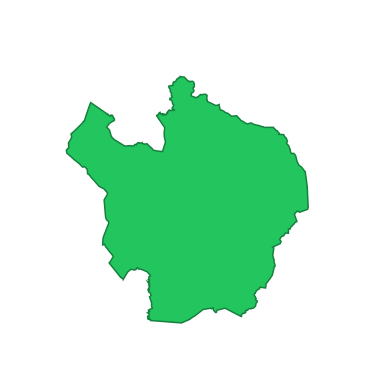 Jaunpiebalgas pag., Jaunpiebalgas, Latvia (Albers equal-area conic projection), rotated 56°
{"feature_id": "27541924B32667886531157", "entity_name": "Jaunpiebalgas pag.", "entity_type": "district", "adm_level": 2, "iso_a3": "LVA", "parent_name": "Latvia", "parent_adm1": "Jaunpiebalgas", "projection": "albers", "projection_center": [26.006, 57.148], "detail": "fine", "context": "isolated", "style": "filled", "palette": "green", "viewbox_px": 384, "rotation_deg": 56, "n_neighbors": 0, "source": "geoboundaries", "source_scale": "gbopen_adm2", "svg_char_len": 6005}
<svg xmlns="http://www.w3.org/2000/svg" viewBox="0 0 384 384"><g transform="rotate(56 192 192)"><path d="M192.8,86.9L191.9,86.8L190.1,87.2L188.9,87.0L188.1,87.9L186.9,87.8L185.3,88.4L184.0,88.3L178.7,96.1L178.1,96.2L175.3,98.9L174.8,98.9L171.2,102.4L168.9,103.8L167.9,104.2L167.1,106.0L166.8,107.7L165.8,108.6L161.7,110.4L160.4,111.3L153.8,112.3L151.3,116.9L146.8,118.3L144.7,120.0L143.8,120.1L140.8,121.5L139.9,122.7L135.6,121.2L134.7,120.6L134.6,121.4L133.6,123.9L125.5,128.7L124.4,127.9L123.2,127.9L120.4,125.5L118.7,125.9L117.4,127.9L116.6,130.1L116.0,130.3L116.0,131.6L116.5,133.4L116.2,134.3L116.1,136.1L115.6,136.6L115.0,136.6L112.7,138.4L111.6,138.8L111.2,138.3L109.6,137.3L109.6,136.8L110.0,136.2L110.0,135.9L109.5,134.1L108.0,133.4L106.5,133.2L106.0,132.5L106.1,131.3L103.6,129.6L101.6,129.2L100.3,129.8L99.1,132.4L98.5,132.4L97.5,133.3L92.4,134.1L90.3,136.7L89.6,137.1L90.3,137.8L90.2,138.3L89.7,139.0L90.1,140.0L90.0,140.6L90.2,140.8L90.0,141.7L90.9,143.0L91.0,144.0L91.2,144.6L91.1,145.0L90.5,145.3L90.6,145.5L90.8,145.7L90.9,146.7L93.1,148.3L92.9,148.7L92.1,149.5L92.0,150.7L91.3,151.6L91.3,152.1L92.8,152.8L94.3,152.5L97.1,154.0L98.6,153.7L100.6,155.2L102.1,155.4L102.4,157.1L102.1,157.4L102.1,158.0L102.8,158.7L103.4,158.7L103.9,158.0L105.5,157.6L107.6,158.6L108.8,158.8L109.3,158.6L110.1,158.9L110.8,160.0L111.1,161.1L111.5,161.7L112.1,161.7L114.3,160.7L114.3,160.9L114.1,161.7L112.5,163.7L112.7,164.0L112.3,164.8L111.6,164.8L111.2,165.7L111.7,166.6L111.8,167.0L112.2,167.5L112.3,168.0L113.0,168.0L113.1,168.8L112.5,168.8L112.7,169.1L112.9,170.3L113.2,170.7L113.0,171.4L112.8,171.2L112.7,171.5L112.3,171.6L112.1,172.2L111.6,171.7L111.1,172.3L111.3,173.1L110.7,172.7L110.4,172.7L110.2,173.1L110.2,174.0L109.5,174.5L109.1,174.3L109.1,174.6L108.8,174.8L108.1,174.3L108.1,175.3L108.6,175.6L108.7,176.2L109.0,176.4L108.8,176.8L109.1,177.4L108.9,177.5L108.8,178.1L109.3,178.1L109.2,178.7L123.4,178.6L127.2,181.9L130.4,183.9L135.8,186.1L142.0,193.9L138.1,198.4L135.5,200.8L133.1,200.8L131.5,201.4L126.7,202.4L126.3,203.8L124.1,206.1L123.5,205.8L123.6,206.2L123.0,206.6L121.9,208.4L121.7,208.2L120.9,209.1L121.1,210.8L121.8,211.5L121.3,212.1L120.7,212.5L120.7,213.0L121.2,214.4L120.2,216.0L120.3,216.3L118.9,217.4L116.4,222.0L105.4,227.0L104.1,227.4L100.7,227.8L94.7,225.8L90.4,226.4L89.3,222.9L88.9,221.4L89.2,216.4L88.7,216.4L88.5,215.8L88.2,215.5L87.0,215.4L86.1,215.6L85.5,215.3L83.8,215.2L83.5,215.4L83.5,215.8L83.2,216.0L83.5,216.2L83.5,216.5L83.3,216.6L83.3,216.9L83.1,216.7L82.6,217.6L82.0,218.0L81.4,218.1L81.5,218.3L81.4,218.5L80.8,218.5L80.9,218.2L80.7,218.2L79.9,218.6L79.5,218.6L79.2,219.2L78.8,219.1L61.2,226.0L63.4,229.2L69.7,237.5L72.2,240.6L72.8,241.0L72.7,241.6L72.8,243.0L73.4,243.5L75.6,255.0L76.2,259.8L79.2,261.0L80.7,263.5L82.2,267.0L86.4,269.4L86.4,270.3L86.7,270.5L86.8,272.4L87.8,273.2L89.7,274.0L99.6,271.5L102.1,270.6L106.5,269.4L110.2,268.8L110.9,267.0L111.5,266.7L114.7,266.2L118.6,268.4L119.6,267.8L121.5,267.5L123.7,267.4L133.7,266.0L135.2,266.0L140.2,263.2L145.3,262.6L146.3,263.1L147.9,266.0L149.4,269.3L164.2,277.5L167.0,278.4L168.2,278.2L169.6,277.6L171.4,278.6L179.5,290.3L181.1,292.0L184.2,294.4L185.2,294.9L185.9,295.6L186.5,293.6L188.7,294.2L201.3,293.2L203.8,298.2L204.4,300.3L205.2,300.3L222.9,298.9L223.0,298.5L223.2,298.3L224.2,298.4L225.2,297.7L226.1,298.0L222.4,290.2L221.9,285.9L224.6,283.2L224.9,281.8L224.0,280.1L225.1,279.1L225.9,279.5L227.3,277.6L233.0,273.8L238.0,273.2L238.4,273.6L238.2,274.2L238.2,275.2L239.7,275.8L239.7,276.3L240.2,277.3L240.7,277.1L240.5,276.5L241.0,276.4L241.2,276.5L241.1,276.9L241.8,277.2L242.0,277.4L241.9,278.7L241.5,278.9L243.0,279.0L242.9,278.4L243.3,278.1L244.4,279.1L245.0,279.0L245.0,279.6L245.0,279.8L245.7,279.4L246.4,279.9L246.6,280.7L247.3,280.5L247.5,280.7L247.4,281.0L247.7,281.7L248.2,281.7L248.1,282.4L248.8,282.4L248.3,282.9L248.4,283.2L248.9,283.2L249.0,282.8L249.7,282.9L249.9,283.2L249.8,283.5L250.7,283.8L252.8,283.1L254.9,283.9L255.2,285.9L260.9,287.3L264.1,289.4L266.1,289.9L265.6,294.1L266.9,294.0L266.6,294.4L266.6,294.6L267.5,294.8L267.3,295.4L267.6,295.5L267.6,295.8L267.4,296.4L268.1,296.1L267.8,295.9L267.9,295.7L269.4,295.8L269.9,296.5L270.7,296.6L270.8,297.5L270.2,297.9L270.4,298.4L271.0,298.9L271.4,298.9L271.6,298.9L271.7,298.3L272.0,298.1L272.3,298.6L272.8,298.9L272.7,299.5L272.9,299.5L273.0,299.2L273.8,298.8L273.8,298.1L274.3,297.7L275.4,298.2L294.6,274.0L296.3,265.2L296.1,262.0L296.3,259.5L295.6,248.3L296.9,245.9L297.0,245.3L298.7,241.7L299.7,241.1L299.8,239.3L300.0,239.2L301.4,240.1L302.2,240.2L304.5,240.0L305.3,239.6L305.3,238.7L304.7,238.4L304.0,237.3L306.8,229.6L322.8,220.8L322.7,220.4L322.6,220.2L321.6,219.9L321.6,219.6L321.4,219.5L321.1,218.6L321.1,217.7L321.3,217.7L321.4,217.1L321.7,216.7L321.7,216.1L321.9,215.7L321.9,215.3L321.6,215.2L321.7,214.8L321.2,214.5L321.1,214.1L320.6,214.2L320.6,213.8L320.3,213.5L320.5,212.8L321.0,212.4L321.0,211.6L320.7,211.1L320.7,209.7L321.6,208.7L322.5,206.3L322.5,205.5L322.3,204.5L322.3,203.7L321.4,202.3L320.4,201.5L319.8,200.5L319.6,199.3L318.6,198.9L318.0,199.1L317.5,199.5L316.5,199.4L316.2,198.5L314.1,198.1L312.3,198.1L311.4,197.3L311.3,196.6L311.4,196.2L310.8,195.5L310.4,194.6L309.9,193.9L310.0,193.4L309.7,192.3L309.6,191.3L310.1,190.2L309.2,189.5L309.0,188.8L312.7,184.7L311.1,183.1L309.7,182.3L307.6,176.2L305.9,172.0L301.1,166.7L300.2,166.1L300.1,164.8L298.9,164.0L295.4,162.9L293.9,161.7L292.6,161.6L289.1,160.2L288.6,159.5L284.2,155.5L282.8,156.0L284.1,147.7L282.8,145.8L280.2,145.8L278.9,142.4L279.6,140.5L278.2,137.6L280.1,135.1L276.6,132.7L277.6,131.5L276.3,129.7L276.1,127.9L275.6,126.1L275.5,124.9L274.9,124.3L275.1,121.5L267.8,119.6L267.3,118.2L266.9,116.6L266.8,115.1L268.9,114.2L271.0,105.9L269.9,104.4L251.7,93.3L238.3,86.7L237.8,87.0L232.8,87.2L229.4,88.4L225.1,87.7L220.6,86.0L218.6,85.7L217.0,86.0L216.4,86.7L215.7,88.1L213.4,87.8L212.7,87.2L209.0,86.2L207.4,86.0L204.4,86.5L203.5,84.6L199.9,83.7L198.2,84.2L195.6,84.0L192.9,87.6L192.8,86.9Z" fill="#22c55e" stroke="#15803d" stroke-width="1.5"/></g></svg>